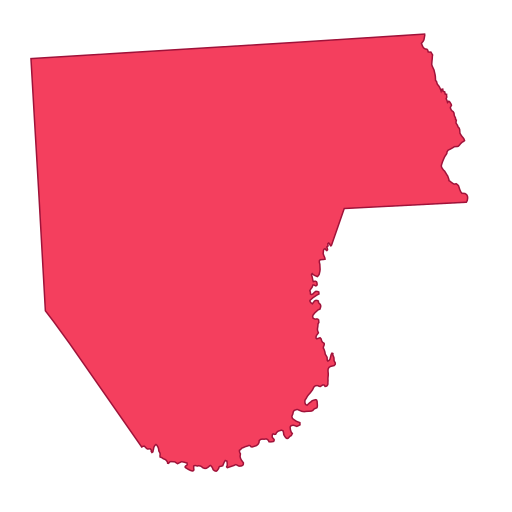 Sala Krau, Krong Pailin, Cambodia, rotated 177°
{"feature_id": "14789045B37468243401885", "entity_name": "Sala Krau", "entity_type": "district", "adm_level": 2, "iso_a3": "KHM", "parent_name": "Cambodia", "parent_adm1": "Krong Pailin", "projection": "natural_earth1", "projection_center": [102.586, 13.003], "detail": "fine", "context": "isolated", "style": "filled", "palette": "rose", "viewbox_px": 512, "rotation_deg": 177, "n_neighbors": 0, "source": "geoboundaries", "source_scale": "gbopen_adm2", "svg_char_len": 5857}
<svg xmlns="http://www.w3.org/2000/svg" viewBox="0 0 512 512"><g transform="rotate(177 256 256)"><path d="M380.1,71.2L378.8,71.9L377.4,71.9L375.3,69.5L374.3,68.9L372.6,69.0L371.6,68.9L370.7,67.5L370.9,66.4L370.2,65.2L369.2,65.8L368.8,67.6L368.4,68.6L368.2,69.9L367.6,71.1L366.9,72.1L365.8,73.0L364.8,72.1L363.9,70.3L363.5,69.1L363.3,67.6L363.2,66.3L362.4,64.7L362.0,63.2L362.3,62.2L362.3,60.3L360.7,59.6L359.3,58.5L358.2,57.9L357.2,57.5L356.5,56.8L355.8,55.9L355.2,54.9L355.1,53.7L354.2,53.5L353.2,54.6L352.4,55.1L351.3,55.1L347.9,54.7L347.0,54.0L345.2,52.7L343.9,53.3L342.3,54.0L341.0,54.5L338.4,53.8L336.8,53.2L335.8,53.0L335.5,51.5L336.1,50.6L337.4,49.9L337.9,49.0L337.2,48.1L336.0,47.3L334.7,46.4L332.7,45.3L331.4,44.8L330.3,44.6L329.2,45.6L329.3,46.8L329.3,48.3L329.2,49.6L328.3,49.9L327.2,49.9L325.6,49.3L324.5,49.6L322.5,49.2L321.4,48.5L320.3,47.4L319.0,46.8L318.0,46.5L316.7,46.6L315.4,47.3L314.4,47.9L313.2,49.0L312.3,49.2L311.1,47.7L310.5,46.5L310.0,44.9L308.9,43.9L308.0,43.4L306.9,43.2L306.0,43.8L304.4,45.8L304.1,47.0L303.3,47.7L302.1,47.8L300.2,48.3L298.8,51.3L298.2,52.3L297.4,53.4L295.8,52.7L295.6,50.6L295.7,48.4L296.4,47.0L295.7,46.1L290.3,47.6L288.9,48.0L287.4,48.7L286.4,48.5L284.8,47.5L283.8,47.0L282.9,47.1L282.0,47.0L280.3,47.6L279.6,48.5L279.4,50.1L280.3,51.5L281.4,53.2L282.1,54.9L282.4,57.0L282.1,58.1L281.9,59.3L282.5,60.4L282.8,62.0L282.7,62.9L281.7,63.4L281.0,64.1L279.8,65.1L278.8,65.3L276.9,66.1L274.0,66.8L273.0,67.2L271.8,66.9L270.9,65.7L269.7,65.5L265.6,66.6L264.8,67.1L263.7,68.0L262.8,69.5L262.4,71.6L260.7,72.7L258.9,72.8L257.3,72.6L255.9,72.8L254.9,72.7L253.4,71.4L252.7,69.8L251.1,69.6L249.5,69.7L248.1,69.9L247.6,70.7L247.5,71.8L249.2,74.0L249.3,75.2L248.9,77.0L248.1,77.5L247.0,76.9L245.7,77.0L244.7,78.6L243.2,79.8L242.1,80.2L241.0,80.4L239.9,80.8L238.2,80.1L237.8,78.4L237.6,76.1L237.0,74.9L236.1,73.4L235.3,72.5L234.5,72.1L233.5,72.3L231.4,74.3L230.5,74.6L229.7,75.5L229.0,77.0L229.9,77.8L230.7,80.5L230.9,83.4L229.9,84.7L227.8,85.1L226.2,84.6L224.2,83.7L222.6,84.3L220.9,85.1L220.9,87.3L222.5,88.0L224.4,88.9L226.0,90.1L227.3,91.1L228.2,92.1L228.6,93.9L228.1,95.1L227.6,96.0L227.3,97.0L226.9,98.5L225.9,99.8L224.7,100.2L223.1,100.6L222.2,100.4L221.3,99.9L218.4,98.5L217.1,98.2L215.7,98.0L214.2,98.2L209.0,98.2L207.4,98.7L206.4,99.8L205.4,100.5L204.3,100.8L203.1,101.3L202.7,102.2L202.5,103.7L202.6,107.8L203.1,109.1L204.2,109.4L205.2,109.1L206.4,108.9L207.9,108.3L208.9,107.4L210.2,106.6L212.8,104.3L214.2,105.1L214.8,106.7L214.8,108.8L214.3,110.0L213.5,110.9L212.0,113.3L210.8,114.7L208.8,116.7L208.0,117.7L206.5,119.5L205.5,121.4L205.0,122.2L203.5,123.3L201.9,123.4L200.7,123.2L199.9,122.6L198.6,122.3L196.0,123.8L194.8,123.6L193.8,122.1L192.2,122.4L191.3,123.4L190.9,124.3L190.8,126.3L190.6,127.6L190.6,129.7L190.4,131.3L190.1,133.2L190.0,135.0L190.1,136.4L190.1,137.7L189.9,139.3L189.0,140.9L187.4,141.8L183.7,142.5L182.6,143.6L182.4,145.0L183.5,147.3L183.5,150.3L184.0,152.0L184.5,153.1L184.3,154.6L185.2,155.0L186.0,153.9L187.5,149.2L188.3,148.1L189.7,147.3L190.3,148.1L190.3,151.1L192.0,154.4L192.2,156.4L192.6,158.0L193.0,159.4L193.6,160.5L193.4,161.8L192.5,163.8L192.5,165.2L194.1,166.4L194.9,167.9L195.3,169.8L196.3,171.0L199.6,170.1L200.3,170.8L200.3,172.2L199.7,173.6L197.7,176.0L198.4,178.1L198.5,179.8L197.9,182.7L197.6,185.0L196.7,186.3L196.8,188.9L197.6,189.7L198.5,190.0L199.9,189.8L201.1,190.2L202.3,191.0L202.6,192.8L202.2,193.9L200.3,196.1L197.0,198.8L196.2,199.2L195.0,199.5L194.4,200.9L194.0,202.1L194.0,203.3L194.4,204.4L195.5,205.5L196.0,206.3L196.1,207.8L197.5,208.5L198.8,208.5L199.9,208.0L202.2,205.3L203.7,206.5L204.5,207.9L204.5,208.8L203.5,209.6L201.2,211.4L197.4,213.7L195.1,214.8L195.2,216.8L196.3,217.3L198.0,217.6L199.5,216.7L201.2,215.1L202.6,214.6L203.6,215.2L203.6,217.2L204.1,218.5L203.5,219.4L202.7,220.6L201.7,221.7L200.6,224.1L199.7,224.0L197.8,223.0L196.8,223.5L196.4,224.5L196.6,226.3L197.0,227.2L198.3,227.8L200.1,227.4L200.4,228.4L200.7,230.1L201.0,232.2L201.5,233.8L201.5,234.8L200.8,235.5L200.0,234.6L198.6,233.6L195.8,232.2L194.9,233.0L193.9,234.3L193.0,237.5L192.7,239.2L192.7,244.4L193.1,246.7L192.9,248.1L192.0,248.9L188.5,249.0L187.2,249.2L187.4,250.6L188.3,253.0L188.8,254.8L188.3,258.3L187.6,259.3L186.7,259.7L186.0,258.6L185.0,257.7L184.2,258.5L184.4,259.9L184.8,261.3L183.5,262.3L183.6,263.4L183.6,264.6L182.7,265.2L181.9,264.4L181.6,263.3L180.7,262.2L180.0,262.9L165.4,298.8L43.1,298.7L42.1,300.4L41.6,302.8L41.6,304.0L42.0,305.4L42.5,306.3L43.3,306.9L44.1,307.5L45.5,307.7L47.0,307.8L48.2,309.4L49.0,311.6L50.1,315.6L51.1,316.7L52.3,317.7L54.0,317.4L55.1,317.8L57.4,319.6L58.2,320.4L59.4,321.2L59.3,322.2L60.4,325.9L61.1,327.0L62.2,329.1L63.2,330.9L64.3,332.0L65.3,333.6L66.1,335.1L66.2,336.5L65.8,337.8L64.7,340.6L63.3,343.5L62.6,344.9L61.7,346.2L60.7,347.5L60.1,348.4L59.7,350.2L58.5,351.7L56.5,352.5L53.7,353.9L52.1,354.8L49.2,354.8L48.3,355.0L47.2,355.9L45.9,357.4L44.0,359.0L42.8,359.5L41.7,360.3L42.2,362.0L42.8,363.0L43.4,363.8L44.1,364.7L45.0,366.2L45.9,367.9L46.0,371.6L46.5,373.2L47.6,374.5L47.9,375.8L49.3,378.3L49.2,379.6L48.8,381.2L49.6,382.0L49.5,383.1L49.8,384.0L50.5,385.5L50.7,386.6L50.8,388.4L51.6,389.9L52.5,390.5L53.5,391.8L54.2,393.8L53.8,394.9L52.9,396.2L53.1,397.2L54.3,399.5L55.3,400.5L56.7,399.3L57.0,400.9L57.9,403.1L57.1,404.8L57.3,405.8L57.2,407.5L58.5,407.7L59.0,410.1L60.6,410.7L60.8,412.9L61.7,412.8L62.5,410.9L62.9,412.4L63.5,414.1L63.9,415.0L64.9,416.8L65.8,417.8L66.2,419.0L66.6,420.9L67.5,421.9L67.5,425.9L67.7,427.8L68.5,432.4L70.1,436.4L70.5,438.1L70.0,441.9L69.7,443.7L69.4,446.5L69.1,447.5L70.7,450.5L71.9,450.5L73.4,450.8L73.7,452.5L74.6,453.6L76.0,453.8L77.6,454.9L78.6,456.5L79.7,459.7L77.9,461.6L77.0,463.1L76.4,465.5L75.9,467.7L76.0,468.8L202.1,467.3L461.5,465.0L470.4,464.9L470.1,407.3L469.6,328.4L469.2,212.3L461.8,201.5L446.7,178.3L380.1,71.2Z" fill="#f43f5e" stroke="#9f1239" stroke-width="1.5"/></g></svg>